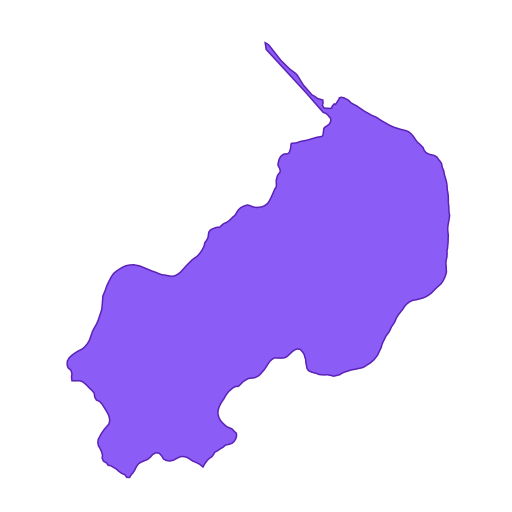 the district of I-1 Barima, Barima-Waini, Guyana, rotated 356°
{"feature_id": "73187651B60550575754674", "entity_name": "I-1 Barima", "entity_type": "district", "adm_level": 2, "iso_a3": "GUY", "parent_name": "Guyana", "parent_adm1": "Barima-Waini", "projection": "mercator", "projection_center": [-60.025, 7.862], "detail": "fine", "context": "isolated", "style": "filled", "palette": "violet", "viewbox_px": 512, "rotation_deg": 356, "n_neighbors": 0, "source": "geoboundaries", "source_scale": "gbopen_adm2", "svg_char_len": 5408}
<svg xmlns="http://www.w3.org/2000/svg" viewBox="0 0 512 512"><g transform="rotate(356 256 256)"><path d="M350.2,104.1L350.3,104.4L346.0,110.3L344.7,109.7L342.4,111.9L341.8,113.8L339.7,113.9L334.3,113.2L332.8,110.7L333.6,107.9L333.5,105.0L332.0,104.5L328.5,103.2L328.4,103.2L325.5,100.7L323.2,99.3L323.0,99.1L315.0,88.5L309.9,78.7L308.4,76.8L302.4,71.6L294.4,62.5L283.9,47.0L282.0,45.1L281.0,44.5L280.0,43.9L280.6,50.7L318.0,97.5L318.5,98.2L331.8,115.8L332.9,117.3L333.0,117.4L336.0,118.8L338.2,121.3L339.0,122.7L339.9,123.7L340.2,125.6L339.8,127.0L339.1,128.3L338.1,129.7L335.6,131.3L333.7,132.3L332.8,133.1L332.5,133.8L331.4,139.3L331.0,140.4L330.3,141.2L329.5,141.4L325.0,141.8L316.5,143.7L314.5,144.1L308.4,144.8L305.7,145.6L302.8,146.1L300.3,146.0L299.4,146.1L299.1,146.3L298.8,146.7L298.1,150.7L297.1,153.5L296.1,155.4L295.3,155.9L294.0,156.3L291.4,156.2L290.4,156.5L288.7,157.5L287.4,158.7L286.8,159.5L285.9,161.0L284.3,165.8L284.4,167.5L285.6,170.0L285.8,170.9L286.1,172.7L286.0,173.7L283.1,177.2L282.2,179.4L281.4,182.2L281.3,186.3L281.0,188.3L280.4,189.4L279.7,190.0L275.3,198.4L272.9,202.3L271.5,204.1L270.4,204.9L267.6,206.7L264.3,207.5L262.9,207.6L260.0,207.6L258.5,207.4L256.3,206.7L252.9,205.1L250.9,204.5L247.5,205.3L244.0,206.8L241.4,209.0L239.9,211.0L238.2,213.6L236.6,214.9L235.4,215.6L234.4,216.6L230.9,219.4L228.6,220.6L227.5,220.9L225.6,221.7L222.8,223.8L221.9,224.7L220.7,224.8L219.6,224.6L218.5,224.7L214.2,226.0L213.1,226.5L212.2,227.0L210.8,228.6L210.4,229.6L209.5,233.8L209.2,234.7L207.5,237.3L206.0,238.9L204.8,242.7L202.5,246.5L199.7,249.9L197.2,252.2L192.1,255.3L186.6,260.1L179.7,266.7L176.9,268.6L173.9,270.0L171.2,270.4L167.8,269.8L164.0,268.7L161.1,268.2L158.2,267.0L154.9,265.3L151.6,263.9L139.3,257.8L133.4,256.2L129.2,256.2L125.7,256.6L122.3,257.8L119.2,259.4L116.0,261.2L112.8,263.4L110.3,266.5L106.4,272.9L104.9,275.7L103.4,279.4L100.5,285.1L98.9,295.7L98.4,298.5L97.2,301.6L94.1,309.0L92.3,312.5L89.1,317.3L87.6,319.9L84.0,328.3L81.8,331.6L78.9,334.6L76.6,336.4L71.3,338.7L68.4,340.3L65.1,342.4L62.4,344.7L60.4,347.9L60.0,351.5L60.7,354.4L63.3,357.0L64.2,360.2L63.5,363.9L63.7,367.6L67.8,368.0L71.0,368.1L73.7,369.0L76.0,370.9L78.9,374.0L80.8,376.4L83.0,378.7L85.0,381.5L85.3,385.6L86.7,388.5L89.7,390.1L92.1,393.0L95.9,400.1L97.4,403.3L98.3,406.2L98.6,409.9L97.6,413.3L92.6,418.3L89.0,422.8L85.8,428.0L85.2,431.2L85.6,434.3L86.9,436.9L88.2,440.2L89.0,444.0L88.4,446.9L89.6,450.1L92.4,451.9L93.9,454.5L96.6,455.1L98.9,456.8L101.7,458.7L103.9,461.0L106.6,463.3L110.0,465.1L111.6,467.8L114.4,468.1L116.3,465.5L118.3,463.5L120.4,460.6L122.3,457.3L124.3,455.1L126.8,453.7L133.6,451.4L136.6,449.3L139.1,446.8L142.1,445.3L145.7,446.0L148.0,448.9L149.5,452.0L152.2,453.7L155.5,454.5L159.3,454.0L163.0,452.3L166.3,451.0L169.1,450.9L172.6,451.8L175.0,453.4L178.5,456.1L181.6,457.6L185.4,459.9L188.3,462.7L188.4,462.8L189.8,460.6L191.4,458.5L193.4,456.2L195.6,454.5L198.0,453.1L199.8,451.0L201.2,448.8L203.8,447.7L207.2,445.7L209.8,444.5L212.5,442.4L215.9,442.0L219.1,441.1L221.3,439.4L222.9,437.2L224.0,434.5L224.1,431.5L222.1,429.4L220.1,426.9L217.7,425.6L215.0,424.3L212.8,422.1L210.5,419.6L208.7,416.9L207.6,414.0L207.0,410.7L207.4,407.5L208.5,404.4L210.1,401.5L211.8,398.9L213.7,396.7L215.7,393.6L217.3,391.5L219.4,389.2L221.9,387.3L224.0,385.8L226.7,384.7L229.3,384.8L232.1,382.5L234.2,380.6L237.4,378.8L240.3,377.6L243.7,377.5L246.4,377.3L249.8,375.9L252.2,374.2L254.1,372.2L256.3,370.0L258.6,367.1L260.8,364.1L262.4,362.1L264.8,360.2L267.3,358.9L270.5,359.3L273.5,359.6L276.1,359.6L278.7,359.2L280.9,357.7L282.9,356.1L285.6,353.9L287.9,352.4L290.6,351.6L293.4,352.1L295.5,354.6L297.1,357.3L297.6,360.0L298.3,362.5L298.3,365.7L298.6,368.2L299.0,371.6L300.3,374.0L302.8,375.5L305.5,376.5L307.9,377.3L310.6,378.6L313.3,379.1L315.8,379.4L318.8,379.4L322.5,380.4L325.0,381.3L328.4,380.8L331.4,380.2L333.8,378.8L337.0,377.8L339.7,377.2L342.2,376.5L344.9,376.1L348.4,375.7L351.8,375.2L354.8,374.7L357.1,373.7L359.7,372.1L362.1,371.0L364.3,369.4L366.5,367.7L368.5,365.5L370.5,363.2L371.8,360.8L373.1,358.5L374.4,356.3L375.4,353.3L376.8,350.5L378.4,347.9L379.7,345.4L383.3,341.2L384.7,339.0L386.2,336.1L388.6,333.1L390.1,330.9L391.8,327.5L394.2,324.3L396.4,321.8L398.5,319.6L400.8,316.6L402.6,314.7L406.2,312.3L409.6,311.1L412.2,310.9L414.9,310.5L417.4,310.0L420.0,309.4L422.6,308.5L425.2,307.2L428.4,305.2L430.5,303.3L433.2,300.9L436.1,298.6L438.6,296.7L440.8,293.9L442.8,290.6L444.0,287.8L444.9,285.2L444.9,282.5L445.0,279.6L444.9,276.9L445.3,273.7L446.3,270.8L446.8,267.0L446.9,264.2L447.6,261.7L448.1,258.5L448.6,255.6L448.9,252.1L449.3,248.6L449.1,245.6L449.1,242.3L449.7,238.6L450.5,235.6L451.3,232.3L452.0,229.1L451.6,226.0L451.7,223.4L451.8,219.7L451.6,216.6L451.8,213.7L452.0,209.6L451.8,206.5L451.4,202.9L451.5,199.6L451.3,196.3L450.7,192.7L450.0,189.8L449.5,187.1L449.3,184.4L448.0,180.6L447.6,176.9L446.3,174.4L444.7,172.2L443.2,169.7L440.9,168.2L437.8,167.2L435.1,166.3L432.6,164.5L431.0,162.1L430.3,159.6L428.5,157.4L426.8,155.5L424.8,153.6L423.0,150.6L421.3,147.6L419.4,145.1L417.1,142.8L414.6,141.5L411.5,140.5L408.2,139.4L405.8,138.4L403.0,137.4L400.8,136.2L397.7,134.5L394.8,132.5L392.6,131.1L390.0,129.3L387.7,127.5L385.4,125.8L383.1,124.7L380.7,123.4L377.8,121.4L374.5,119.3L372.0,117.3L369.3,115.2L366.9,113.3L364.0,111.5L361.5,109.9L359.5,107.4L357.3,105.9L354.9,104.4L352.1,103.6L350.2,104.1Z" fill="#8b5cf6" stroke="#5b21b6" stroke-width="1.5"/></g></svg>